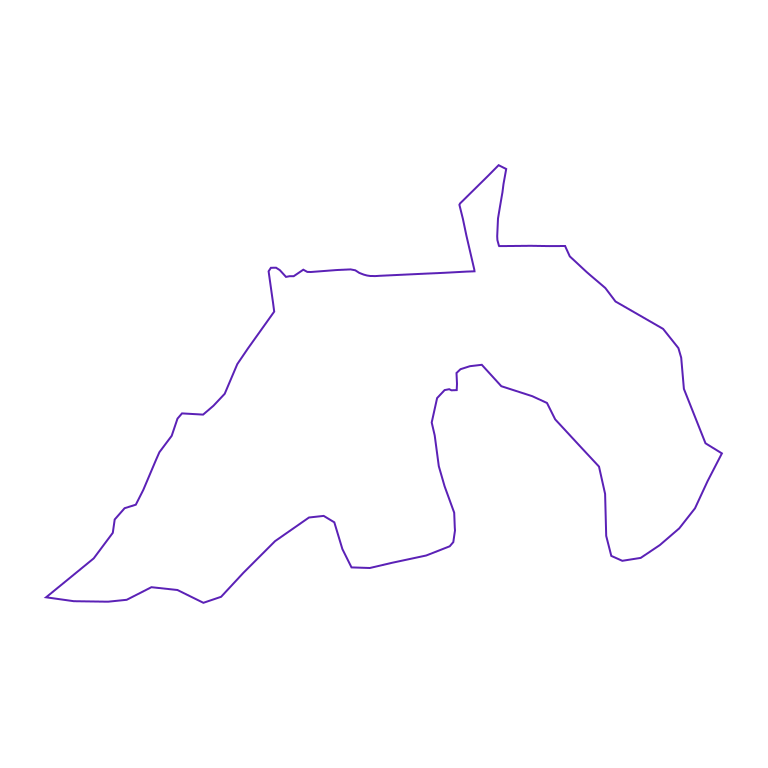 the district of Nioro, Kayes, Mali
{"feature_id": "8926073B70352921020870", "entity_name": "Nioro", "entity_type": "district", "adm_level": 2, "iso_a3": "MLI", "parent_name": "Mali", "parent_adm1": "Kayes", "projection": "natural_earth1", "projection_center": [-9.59, 15.152], "detail": "fine", "context": "isolated", "style": "outline", "palette": "violet", "viewbox_px": 768, "rotation_deg": 0, "n_neighbors": 0, "source": "geoboundaries", "source_scale": "gbopen_adm2", "svg_char_len": 1804}
<svg xmlns="http://www.w3.org/2000/svg" viewBox="0 0 768 768"><path d="M203.4,602.8L221.1,596.8L243.4,572.8L275.1,541.1L309.0,517.5L323.7,515.9L334.3,522.3L342.4,549.1L351.5,567.4L369.8,568.0L392.0,562.8L426.2,555.5L449.7,546.3L453.3,542.1L455.0,530.4L454.8,527.9L454.2,512.7L444.6,486.3L438.8,466.2L434.7,435.4L431.7,422.5L437.1,398.1L444.6,390.1L449.2,389.2L451.4,390.3L456.7,390.1L457.0,383.8L456.5,373.0L460.5,369.2L469.9,366.2L481.8,364.8L501.3,386.2L532.3,396.2L547.0,403.0L555.2,419.4L580.0,446.2L599.0,466.6L605.1,493.9L606.2,535.9L611.3,555.9L622.3,560.8L640.7,557.9L659.8,545.1L679.3,528.3L695.0,508.3L707.6,481.1L721.9,453.4L705.5,443.3L683.9,388.9L681.2,357.7L678.4,348.1L669.0,336.3L663.1,328.9L615.5,301.5L605.3,288.0L590.4,275.3L586.6,272.0L569.8,256.4L565.6,247.2L565.1,246.0L549.5,246.1L530.6,245.8L521.1,245.9L511.2,246.0L499.2,246.1L498.9,245.7L498.8,245.2L497.4,240.1L497.2,236.2L498.0,218.5L500.1,205.9L502.3,193.1L502.4,192.7L503.5,184.0L504.8,176.8L506.2,169.0L498.6,165.2L487.2,176.7L460.1,203.4L459.4,204.8L462.3,216.5L462.9,218.9L466.4,235.6L474.3,269.6L474.5,271.3L472.1,271.4L466.5,271.6L449.9,272.5L444.2,272.8L438.0,273.1L426.4,273.6L379.7,275.8L376.7,276.0L374.7,276.1L372.8,276.0L371.2,276.0L370.3,276.0L367.0,275.5L363.7,274.6L359.3,272.9L355.3,270.3L350.6,269.4L337.4,270.0L335.8,270.1L310.9,272.0L307.3,271.9L303.3,269.7L293.7,276.2L289.6,276.2L286.0,276.9L279.8,270.1L276.0,267.7L270.9,267.8L268.6,271.3L272.5,299.0L273.0,302.4L274.2,311.6L247.9,348.5L237.3,364.1L224.7,393.8L213.4,405.8L203.1,414.6L182.0,413.4L177.5,418.6L171.7,435.8L159.4,452.2L156.0,459.9L143.3,489.9L135.8,504.7L124.6,508.2L114.7,519.5L112.8,532.8L93.7,558.4L46.1,597.3L73.8,601.2L108.0,601.7L126.7,599.8L151.4,587.2L177.4,590.0L203.4,602.8Z" fill="none" stroke="#5b21b6" stroke-width="2"/></svg>